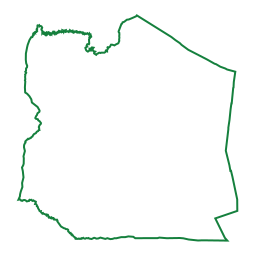 Serengeti, Mara, United Republic of Tanzania
{"feature_id": "72390352B48676394939092", "entity_name": "Serengeti", "entity_type": "district", "adm_level": 2, "iso_a3": "TZA", "parent_name": "United Republic of Tanzania", "parent_adm1": "Mara", "projection": "orthographic", "projection_center": [34.487, -1.957], "detail": "fine", "context": "isolated", "style": "outline", "palette": "green", "viewbox_px": 256, "rotation_deg": 0, "n_neighbors": 0, "source": "geoboundaries", "source_scale": "gbopen_adm2", "svg_char_len": 5399}
<svg xmlns="http://www.w3.org/2000/svg" viewBox="0 0 256 256"><path d="M235.3,71.7L227.1,69.5L225.3,68.5L220.3,66.7L216.1,64.2L214.5,63.7L206.9,59.4L188.3,49.8L181.6,44.9L179.8,43.1L175.4,40.1L171.4,37.0L136.8,15.4L136.1,16.3L132.1,18.1L128.7,19.5L126.9,19.7L124.2,21.8L122.6,22.3L122.1,23.6L121.4,24.0L118.6,31.4L118.8,32.3L119.3,32.8L119.4,35.0L119.2,36.0L119.4,37.4L119.1,40.0L119.3,40.9L118.3,43.3L115.6,44.6L114.5,45.4L112.2,44.7L111.0,44.7L109.8,46.9L108.9,47.5L107.9,47.1L107.5,47.4L107.9,48.5L107.8,49.0L107.1,49.8L107.1,51.3L105.8,50.7L105.4,52.0L104.4,52.7L101.2,52.7L100.5,53.0L99.8,52.7L98.9,52.8L98.4,53.3L97.3,53.6L96.2,54.8L94.1,53.4L94.2,52.6L95.1,51.6L93.6,51.2L92.5,49.5L92.7,48.8L93.5,47.7L91.9,47.4L90.3,48.9L89.5,48.7L89.5,49.4L90.7,50.0L90.9,50.5L89.4,50.5L87.9,51.6L86.9,51.0L86.2,50.3L85.4,48.1L85.4,47.7L87.2,46.6L86.6,45.7L87.2,44.3L87.8,44.1L88.9,44.3L89.2,43.7L89.0,39.3L89.9,38.1L89.3,37.5L89.4,37.1L89.7,36.9L90.2,37.4L91.2,36.8L91.2,36.3L90.2,34.6L90.4,34.3L89.7,34.0L89.4,33.5L88.8,34.6L87.3,33.2L86.1,34.0L85.5,33.7L84.8,34.1L84.7,33.5L84.1,33.8L83.6,33.0L82.9,33.9L82.5,33.5L82.6,33.0L82.9,32.8L82.3,32.3L81.4,32.5L80.6,32.0L80.1,32.5L79.9,32.0L79.5,31.8L78.6,32.0L78.4,32.6L77.2,32.6L76.3,32.2L76.3,31.9L77.0,32.0L77.0,31.4L76.6,31.1L75.7,31.5L75.0,31.3L74.4,31.8L74.2,32.4L73.8,32.6L73.6,32.1L72.6,32.3L72.3,31.9L72.3,31.2L72.9,31.0L72.7,30.6L71.6,31.2L70.6,30.6L70.9,31.6L70.3,31.5L70.3,31.0L69.7,30.8L69.6,31.4L69.1,31.7L68.8,31.5L68.6,32.0L67.2,31.2L65.6,32.0L65.2,31.8L65.5,31.4L65.3,31.1L65.6,30.2L64.9,30.4L65.0,30.8L64.4,31.3L64.2,30.8L63.4,30.5L64.1,31.6L63.7,31.7L63.6,32.0L63.2,31.2L62.7,31.6L62.7,32.0L62.0,31.9L61.5,32.2L61.3,31.7L61.1,32.1L60.7,31.9L60.6,31.5L60.1,31.8L60.2,31.3L59.2,31.3L59.3,31.8L58.7,31.9L59.0,31.0L59.5,31.0L58.9,30.8L58.6,31.7L58.3,31.5L57.9,31.8L58.5,31.9L58.5,32.5L58.0,32.5L57.7,32.8L57.0,32.7L57.0,33.3L56.5,33.7L56.5,33.4L55.8,33.3L55.3,32.9L55.1,33.1L55.5,33.3L55.2,33.6L54.7,33.3L54.6,33.5L54.4,33.0L54.8,32.8L54.5,32.7L54.7,32.1L54.5,31.7L53.8,31.8L53.9,32.3L53.5,32.7L53.0,31.9L52.7,32.3L52.7,33.4L52.4,33.3L52.4,33.6L51.5,33.8L51.1,33.6L51.2,34.4L50.6,34.0L50.4,34.7L50.0,34.6L49.9,34.8L49.2,34.2L49.8,33.7L49.6,33.2L49.1,33.1L49.5,32.7L49.1,32.5L48.6,32.7L48.4,32.2L47.1,32.6L46.7,32.3L46.4,32.7L46.9,33.2L47.3,33.2L47.0,33.5L47.3,33.9L47.0,34.5L46.8,34.3L46.7,34.6L46.1,34.5L46.6,35.0L46.2,35.4L45.8,35.4L46.0,35.8L45.3,34.9L45.7,34.8L45.8,34.4L45.4,34.2L45.6,33.9L45.1,33.2L43.9,34.0L43.5,33.9L44.1,32.8L43.8,32.8L43.9,32.3L43.6,32.2L43.2,32.6L42.9,32.1L42.6,32.1L42.3,32.6L42.3,31.3L42.5,31.1L41.4,29.7L41.6,28.6L41.9,28.5L42.2,27.6L41.4,26.3L40.0,25.9L39.7,26.2L39.2,25.2L38.7,25.6L37.6,25.4L37.4,25.9L37.6,27.5L36.8,28.8L37.1,29.6L36.6,30.0L37.2,31.1L36.4,32.0L35.8,31.8L35.0,32.1L35.0,32.8L34.5,32.5L33.6,33.2L34.2,33.6L33.4,33.7L33.3,34.6L33.8,34.6L33.8,34.9L33.3,35.5L32.8,35.4L32.3,37.1L31.2,37.2L29.5,40.0L27.7,44.8L27.1,47.3L25.9,53.5L25.8,59.8L26.2,63.3L27.2,65.8L27.0,67.3L26.1,68.4L26.0,70.8L25.3,71.8L26.2,72.8L25.1,74.6L25.3,75.1L25.1,76.9L25.3,79.3L24.9,80.3L25.3,81.3L24.9,87.4L25.2,92.5L27.2,93.8L29.4,96.2L31.3,99.3L31.9,102.5L37.6,107.0L39.4,110.2L39.6,110.9L39.3,111.9L37.5,113.3L36.9,115.1L36.1,116.1L35.3,118.0L35.8,118.7L37.9,119.3L38.2,120.3L39.7,121.3L41.0,123.1L40.8,123.9L39.5,125.3L38.8,127.1L39.2,128.1L39.1,129.3L39.4,130.0L38.5,130.3L38.1,131.1L36.8,131.7L35.8,133.2L34.1,134.0L32.9,135.5L32.5,136.5L31.3,137.2L30.7,138.1L29.5,138.4L28.6,139.1L28.0,138.8L26.0,140.7L25.3,141.4L25.5,142.6L25.0,143.0L24.1,145.1L24.0,147.3L24.9,151.0L23.5,156.3L23.8,158.2L23.7,163.6L23.2,165.3L22.0,167.5L22.8,171.0L23.5,177.4L22.1,183.0L22.4,187.0L20.8,191.5L20.1,194.3L19.9,196.4L18.7,199.1L19.1,198.9L19.6,199.2L19.5,199.5L20.0,199.4L21.3,200.7L21.8,200.5L22.5,200.8L23.3,200.1L24.4,200.0L25.5,200.3L26.8,201.4L29.0,200.9L29.0,200.3L29.7,199.8L30.0,200.1L31.5,199.8L31.9,200.5L32.5,200.9L33.5,200.4L34.1,201.0L35.7,201.6L35.9,201.8L35.2,203.8L35.7,203.7L36.5,204.6L37.0,205.7L36.9,206.3L37.6,206.6L38.2,208.5L39.1,209.8L39.5,210.9L40.3,211.4L40.7,211.3L40.6,211.6L41.6,212.9L42.4,213.1L42.5,213.5L43.0,213.1L43.3,213.6L45.9,214.6L46.3,215.2L46.6,214.8L46.8,215.1L47.1,214.6L47.9,214.8L48.4,216.2L48.9,216.6L48.5,217.0L48.9,217.7L50.3,217.6L50.5,217.9L50.8,217.7L51.1,218.0L51.6,217.4L52.2,218.0L52.8,218.0L52.7,218.4L53.7,218.3L54.2,219.0L53.9,219.3L54.1,219.6L54.7,219.5L56.3,219.8L57.0,219.7L57.5,220.6L57.3,221.3L61.0,226.5L63.9,228.2L64.9,228.4L65.9,229.1L66.9,229.1L67.8,229.5L68.2,229.9L68.2,231.4L68.8,231.8L69.7,233.0L70.5,232.9L70.6,233.6L71.1,233.7L71.3,234.4L71.7,234.3L72.0,235.1L72.5,234.9L73.5,236.4L75.7,237.9L75.2,238.1L75.5,238.8L78.0,238.9L78.9,238.5L79.4,238.9L80.5,238.9L81.3,238.8L81.4,238.2L81.9,238.1L82.3,238.4L83.2,237.9L83.4,238.2L85.1,238.7L86.3,238.1L87.9,238.3L88.5,238.0L89.3,238.6L91.6,239.0L93.9,237.9L94.7,237.9L96.3,238.6L98.1,238.5L100.4,237.6L105.3,238.9L107.4,238.2L110.3,239.1L112.4,238.9L114.6,238.2L116.1,238.3L121.4,237.1L125.3,237.1L128.4,236.4L133.3,236.8L135.2,238.2L157.6,238.1L159.4,237.6L166.7,238.2L179.8,238.0L183.3,238.3L188.7,239.5L198.1,240.5L202.3,240.3L227.3,240.6L224.9,237.9L215.3,218.4L237.3,210.9L237.2,199.4L232.4,176.6L231.0,170.8L230.4,170.9L229.4,165.2L225.8,150.7L228.4,128.8L228.3,128.0L229.5,120.0L230.6,109.2L231.4,103.4L231.7,103.4L233.2,87.9L233.5,87.6L233.8,82.0L235.3,71.7Z" fill="none" stroke="#15803d" stroke-width="2"/></svg>